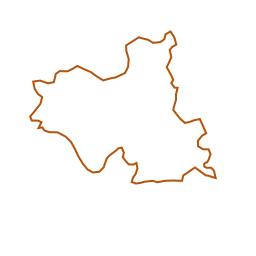 Chuncheon-si, Gangwon, South Korea (Albers equal-area conic projection), rotated 63°
{"feature_id": "91817680B67839742247787", "entity_name": "Chuncheon-si", "entity_type": "district", "adm_level": 2, "iso_a3": "KOR", "parent_name": "South Korea", "parent_adm1": "Gangwon", "projection": "albers", "projection_center": [127.767, 37.873], "detail": "fine", "context": "isolated", "style": "outline", "palette": "amber", "viewbox_px": 256, "rotation_deg": 63, "n_neighbors": 0, "source": "geoboundaries", "source_scale": "gbopen_adm2", "svg_char_len": 1512}
<svg xmlns="http://www.w3.org/2000/svg" viewBox="0 0 256 256"><g transform="rotate(63 128 128)"><path d="M212.4,72.6L205.9,71.0L203.9,71.0L201.1,72.1L200.1,74.1L199.1,76.1L197.0,77.5L194.8,76.7L194.1,74.9L194.5,73.0L193.0,70.8L188.8,66.3L183.6,65.9L181.0,70.8L176.1,73.8L171.2,71.6L168.5,65.5L168.2,60.7L152.7,59.9L151.2,65.2L150.5,70.8L149.3,75.0L143.7,77.2L132.8,79.5L130.5,78.0L124.5,72.3L120.0,70.1L114.7,65.6L113.2,68.2L107.5,69.0L105.7,65.9L100.4,65.6L91.4,65.9L88.3,61.8L84.6,57.3L77.4,55.4L75.9,52.0L75.6,47.1L68.4,45.6L61.3,46.3L61.6,52.0L65.4,55.3L66.1,60.2L63.5,67.0L58.6,70.0L52.6,76.8L52.1,77.0L53.6,92.2L58.5,94.5L66.8,96.0L73.6,100.2L77.7,105.8L77.3,116.4L76.2,119.4L74.3,128.5L66.8,133.0L61.5,135.6L56.9,139.4L49.7,145.0L50.1,150.3L50.1,156.0L46.3,163.1L47.0,167.7L53.5,173.3L51.9,179.0L45.9,184.7L43.6,191.4L50.8,193.4L56.9,192.7L57.2,192.6L61.4,190.4L66.6,194.9L69.6,201.3L73.4,210.0L77.6,210.4L80.6,204.8L83.6,202.5L87.4,207.8L88.6,204.0L92.3,203.6L96.1,199.9L99.9,192.7L107.5,187.4L114.3,185.1L123.0,184.8L130.5,185.1L139.6,184.4L146.4,182.9L151.7,179.5L153.9,173.4L152.1,167.7L145.6,160.9L144.1,157.2L143.0,150.8L141.8,145.8L142.6,142.5L147.9,142.8L151.7,145.8L154.3,145.5L160.7,143.9L163.0,139.8L163.0,136.4L168.2,137.9L172.4,142.0L174.3,145.8L177.7,149.2L181.1,146.2L182.6,141.6L183.3,137.9L186.3,129.9L189.7,126.5L191.2,120.9L192.7,117.1L195.4,111.4L199.6,103.9L195.4,100.3L193.6,86.2L205.4,80.3L207.1,77.9L209.5,75.6L212.4,72.6Z" fill="none" stroke="#b45309" stroke-width="2"/></g></svg>